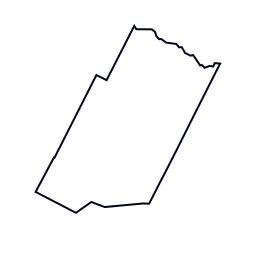 Conejos, Colorado, United States of America, rotated 297°
{"feature_id": "52423323B18722561966541", "entity_name": "Conejos", "entity_type": "district", "adm_level": 2, "iso_a3": "USA", "parent_name": "United States of America", "parent_adm1": "Colorado", "projection": "albers", "projection_center": [-106.024, 37.199], "detail": "fine", "context": "isolated", "style": "outline", "palette": "ink", "viewbox_px": 256, "rotation_deg": 297, "n_neighbors": 0, "source": "geoboundaries", "source_scale": "gbopen_adm2", "svg_char_len": 629}
<svg xmlns="http://www.w3.org/2000/svg" viewBox="0 0 256 256"><g transform="rotate(297 128 128)"><path d="M70.2,181.2L97.8,181.2L108.1,181.3L117.4,181.3L117.6,181.3L127.2,181.3L167.5,181.0L169.4,181.0L169.7,181.0L227.2,180.8L225.2,175.9L221.4,175.9L220.3,172.5L216.4,168.9L217.7,165.2L216.5,163.9L222.5,152.9L220.8,150.7L220.8,144.7L224.4,139.2L223.1,136.8L224.8,132.9L221.4,123.2L222.4,117.2L221.3,115.5L222.8,111.4L225.9,108.5L226.7,104.4L219.8,90.6L221.8,87.2L160.9,87.2L160.8,75.8L68.3,76.0L68.3,75.4L29.1,74.7L28.8,120.1L45.4,128.9L47.0,143.1L67.6,175.7L70.2,181.2Z" fill="none" stroke="#020617" stroke-width="2"/></g></svg>